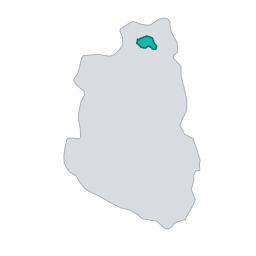 Kangpara, Tashigang, Bhutan shown in context, rotated 263°
{"feature_id": "84629894B39590261295219", "entity_name": "Kangpara", "entity_type": "district", "adm_level": 2, "iso_a3": "BTN", "parent_name": "Bhutan", "parent_adm1": "Tashigang", "projection": "equal_earth", "projection_center": [91.702, 27.164], "detail": "fine", "context": "in_parent", "style": "filled", "palette": "teal", "viewbox_px": 256, "rotation_deg": 263, "n_neighbors": 0, "source": "geoboundaries", "source_scale": "gbopen_adm2", "svg_char_len": 4536}
<svg xmlns="http://www.w3.org/2000/svg" viewBox="0 0 256 256"><g transform="rotate(263 128 128)"><path d="M204.8,106.6L204.4,108.5L202.7,113.5L201.5,119.0L202.5,123.6L206.5,128.9L211.8,133.2L218.6,133.6L224.9,131.9L227.4,132.6L230.8,139.8L233.2,146.0L229.9,152.4L228.1,158.0L227.5,162.0L227.9,163.8L229.9,167.0L232.3,172.5L232.6,177.6L231.1,181.0L227.9,182.6L224.4,182.1L221.6,182.2L218.0,182.8L212.5,184.7L207.3,187.1L197.6,186.7L193.7,181.6L191.9,181.6L183.0,188.1L173.4,187.0L155.9,189.1L148.6,189.7L141.1,188.9L137.3,187.6L130.2,183.0L123.8,179.7L117.3,182.7L115.0,183.3L109.7,191.1L98.4,193.7L87.1,195.6L83.7,194.5L77.4,194.1L77.1,192.2L77.3,190.5L75.9,189.0L73.3,187.6L68.9,187.0L63.2,185.0L59.9,183.2L48.3,185.9L41.6,181.8L34.0,176.1L30.1,173.7L28.8,164.9L27.5,162.1L24.5,159.1L22.8,155.7L24.2,152.1L31.9,145.4L32.5,143.9L36.1,131.4L41.1,126.9L46.0,120.6L49.7,110.7L56.8,100.5L64.6,90.0L70.0,81.5L73.5,77.5L80.8,73.2L86.9,70.7L91.2,65.0L96.3,61.9L101.5,60.4L109.2,61.2L116.5,63.2L124.4,66.1L125.3,68.4L124.6,72.4L123.5,76.5L123.4,78.6L124.7,79.8L132.5,80.5L142.0,79.9L147.4,80.5L159.4,84.3L162.8,86.9L166.5,89.0L170.1,88.6L174.6,84.2L179.4,80.5L182.3,79.9L184.4,81.1L188.2,84.7L196.1,88.0L203.2,90.5L205.4,92.9L204.7,103.2L204.8,106.6Z" fill="#d9dde1" stroke="#a8b0b8" stroke-width="1"/><path d="M205.6,166.3L205.7,166.2L205.8,166.1L206.0,166.0L206.3,165.9L206.5,165.9L206.9,165.9L207.0,165.8L207.1,165.7L207.2,165.4L207.3,165.3L207.4,165.2L207.5,165.1L207.9,164.9L208.2,164.9L208.3,164.8L208.4,164.6L208.5,164.6L208.8,164.4L209.0,164.4L209.3,164.4L209.5,164.4L209.7,164.5L209.8,164.3L210.0,164.2L210.5,163.8L210.8,163.8L211.1,164.0L211.3,164.1L211.5,163.9L211.5,163.7L212.0,163.5L212.2,163.4L212.4,163.4L212.6,163.4L212.8,163.5L213.0,163.6L213.3,163.5L213.5,163.4L213.8,163.2L214.1,163.2L214.3,163.1L214.4,162.9L214.5,162.9L214.7,162.5L214.7,162.2L214.8,162.0L214.8,161.9L215.0,161.9L215.2,161.7L215.3,161.7L215.4,161.4L215.5,161.3L215.5,161.1L215.6,160.6L215.8,160.4L215.9,160.2L216.0,160.1L216.0,159.8L216.0,159.7L216.2,159.3L216.3,159.3L216.4,159.2L216.5,159.2L216.7,158.9L216.6,158.7L216.8,158.3L216.9,158.1L217.0,157.9L216.9,157.7L216.7,157.4L216.7,157.2L216.8,157.0L216.8,156.9L216.7,156.9L216.6,157.0L216.4,157.0L216.4,156.9L216.5,156.7L216.6,156.4L216.5,156.1L216.4,156.0L216.5,155.9L216.5,155.7L216.5,155.4L216.6,155.2L216.4,154.9L216.4,154.7L216.3,154.4L216.0,154.4L216.0,154.5L215.8,154.2L215.8,153.9L215.8,153.5L215.8,153.3L215.8,153.1L215.8,152.8L215.8,152.7L215.7,152.4L215.7,152.1L215.5,151.8L215.5,151.4L215.4,151.3L215.3,151.2L215.2,150.9L215.2,150.7L215.1,150.4L214.9,150.2L214.7,150.0L214.4,149.9L214.0,149.8L213.9,149.7L214.0,149.5L214.1,149.4L214.4,149.3L214.5,149.3L214.5,149.2L214.6,148.9L214.6,148.6L214.6,148.4L214.7,148.2L214.8,148.1L214.6,148.0L214.4,148.0L214.1,148.1L213.8,148.2L213.7,148.3L213.6,148.2L213.4,148.0L213.3,147.9L213.2,147.8L213.0,147.7L212.9,147.7L212.7,147.5L212.3,147.6L212.2,147.5L212.2,147.4L211.9,147.3L211.6,147.2L211.4,147.1L211.2,147.1L210.9,147.0L210.8,147.4L210.7,147.5L210.5,147.8L210.3,147.9L210.2,147.9L210.0,148.1L209.8,148.2L209.7,148.3L209.3,148.6L209.2,148.7L209.1,148.8L208.9,148.9L208.6,149.1L208.4,149.3L208.2,149.4L208.2,149.5L208.1,149.8L207.9,150.0L207.7,150.2L207.5,150.3L207.4,150.3L207.2,150.2L206.9,150.3L206.6,150.5L206.4,150.7L206.4,150.8L206.3,151.1L206.3,151.3L206.3,151.5L206.3,151.8L206.3,152.0L206.2,152.1L206.0,152.3L205.9,152.5L205.9,152.8L205.8,153.0L205.7,153.2L205.7,153.3L205.4,153.5L205.5,153.7L205.5,153.8L205.5,154.1L205.5,154.3L205.5,154.5L205.5,154.8L205.4,154.9L205.3,155.0L205.2,155.1L205.2,155.3L205.3,155.6L205.5,155.8L205.7,156.0L205.8,156.1L205.8,156.3L205.9,156.5L206.0,156.7L206.1,156.8L206.2,157.0L206.3,157.1L206.4,157.3L206.5,157.4L206.6,157.5L206.8,157.5L206.9,157.8L207.0,157.9L207.0,158.0L206.9,158.2L206.7,158.3L206.6,158.5L206.5,158.8L206.3,158.8L206.2,158.9L206.1,159.0L205.9,159.2L205.9,159.3L205.8,159.5L205.8,159.8L205.7,159.8L205.6,160.0L205.5,160.3L205.3,160.5L205.2,160.7L205.2,160.8L205.3,160.9L205.3,161.0L205.2,161.1L204.8,161.2L204.7,161.3L204.4,161.4L204.2,161.4L204.0,161.5L203.8,161.5L203.7,161.7L203.7,161.8L203.5,162.0L203.4,162.1L203.4,162.3L203.3,162.5L203.3,162.8L203.2,162.8L203.0,163.2L202.9,163.3L202.9,163.9L202.9,164.0L202.9,164.3L202.8,164.7L202.8,164.8L202.7,164.8L202.7,165.0L202.8,165.2L203.1,165.3L203.4,165.5L203.5,165.6L203.8,165.6L204.2,165.6L204.3,165.6L204.5,165.7L204.5,165.8L205.0,166.2L205.3,166.2L205.5,166.2L205.6,166.3Z" fill="#14b8a6" stroke="#0f766e" stroke-width="1.5"/></g></svg>